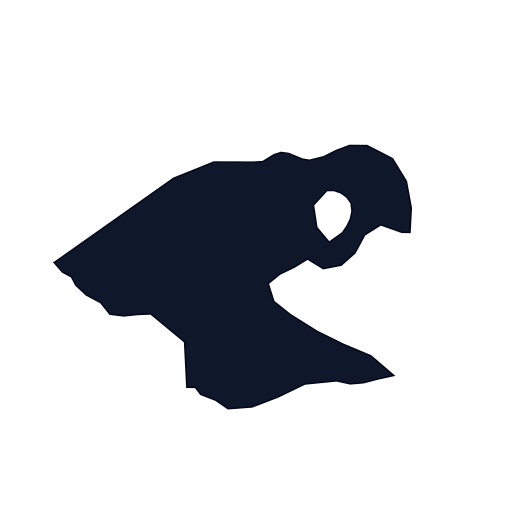 map outline of Gədəbəy (Robinson projection), rotated 117°
{"feature_id": "AZE-1678", "entity_name": "Gədəbəy", "entity_type": "District", "adm_level": 1, "iso_a3": "AZE", "parent_name": "Azerbaijan", "parent_adm1": "", "projection": "robinson", "projection_center": [45.628, 40.56], "detail": "fine", "context": "isolated", "style": "filled", "palette": "ink", "viewbox_px": 512, "rotation_deg": 117, "n_neighbors": 0, "source": "natural_earth", "source_scale": "10m", "svg_char_len": 1034}
<svg xmlns="http://www.w3.org/2000/svg" viewBox="0 0 512 512"><g transform="rotate(117 256 256)"><path d="M107.2,194.7L107.3,178.5L121.2,155.9L142.8,139.4L165.1,129.5L168.7,136.9L171.6,159.0L187.9,168.7L208.4,169.2L225.5,175.9L236.7,190.3L235.3,208.7L248.1,216.5L261.3,226.5L275.0,232.6L288.4,219.4L292.6,198.8L295.4,167.3L295.0,138.0L292.8,108.4L299.9,79.0L310.1,91.4L320.2,102.8L327.1,113.9L330.7,127.6L347.9,154.4L371.5,172.3L392.2,190.9L404.8,211.6L402.8,226.5L404.4,242.5L400.6,250.4L404.4,258.0L365.0,280.6L355.4,323.5L362.0,335.2L369.3,346.4L374.2,359.7L368.1,373.2L367.8,389.6L363.8,403.4L358.4,410.9L358.2,421.1L353.4,433.0L353.0,432.6L224.1,364.7L191.4,336.2L173.5,300.8L168.9,292.9L157.5,285.9L152.3,280.6L149.8,273.4L148.6,258.5L146.4,251.8L136.8,240.7L125.6,232.5L115.0,222.8L107.2,207.2L107.2,194.7ZM184.6,227.9L203.0,214.7L210.5,197.1L196.2,189.6L188.2,188.5L180.1,188.7L172.5,190.8L165.6,195.4L162.3,202.1L161.2,209.1L162.2,216.1L165.5,222.6L184.6,227.9Z" fill="#0f172a" stroke="#020617" stroke-width="1.5"/></g></svg>